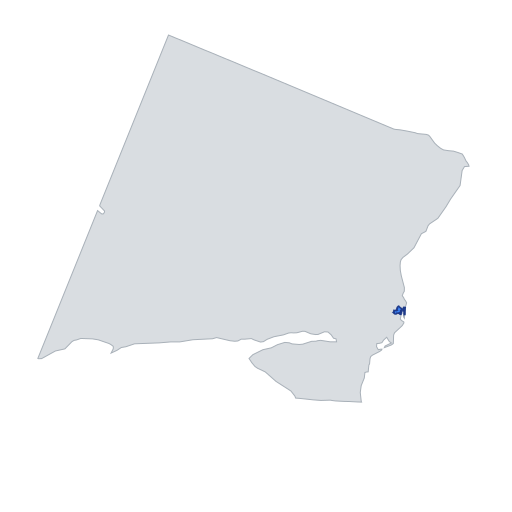 location of Sidi Salim, Kafr ash Shaykh, Egypt, rotated 112°
{"feature_id": "37247803B12762735296795", "entity_name": "Sidi Salim", "entity_type": "district", "adm_level": 2, "iso_a3": "EGY", "parent_name": "Egypt", "parent_adm1": "Kafr ash Shaykh", "projection": "robinson", "projection_center": [30.738, 31.367], "detail": "fine", "context": "in_parent", "style": "filled", "palette": "blue", "viewbox_px": 512, "rotation_deg": 112, "n_neighbors": 0, "source": "geoboundaries", "source_scale": "gbopen_adm2", "svg_char_len": 5843}
<svg xmlns="http://www.w3.org/2000/svg" viewBox="0 0 512 512"><g transform="rotate(112 256 256)"><path d="M432.7,419.9L423.1,419.9L413.5,419.9L403.9,419.9L394.2,419.9L384.6,419.9L375.0,419.9L365.4,419.9L355.7,419.9L346.1,419.9L336.5,419.9L326.9,419.9L317.2,419.9L307.6,419.9L298.0,419.9L288.4,419.9L278.7,419.9L273.2,419.9L274.2,416.9L274.8,414.7L274.1,413.3L272.2,412.9L271.0,413.3L268.1,419.7L266.6,419.9L263.2,419.9L252.0,419.9L240.8,419.9L229.6,419.9L218.4,419.9L207.2,419.9L196.0,419.9L184.8,419.9L173.6,419.9L162.4,419.9L151.2,419.9L139.9,419.9L128.7,419.9L117.5,419.9L106.3,419.9L95.1,419.9L83.9,419.9L84.0,412.3L84.0,404.6L84.1,397.0L84.2,389.4L84.3,381.8L84.3,374.2L84.4,366.5L84.5,358.9L84.5,351.3L84.6,343.7L84.7,336.1L84.8,328.4L84.8,320.8L84.9,313.2L85.0,305.6L85.1,297.9L85.2,290.3L85.3,282.7L85.4,275.1L85.5,267.5L85.6,259.8L85.7,252.2L85.8,244.6L85.9,237.0L86.0,229.4L86.1,221.7L86.2,214.1L86.3,206.5L86.4,198.9L86.5,191.3L86.6,183.6L86.7,176.0L86.5,174.6L85.0,169.4L83.6,162.8L82.1,154.7L82.0,152.1L79.5,143.8L79.3,141.4L80.0,139.7L84.4,132.7L85.8,129.3L87.0,125.2L87.4,121.9L86.2,116.8L84.8,112.2L84.4,107.5L84.2,102.9L86.5,99.8L89.2,96.9L90.2,95.1L91.8,93.0L93.0,92.1L95.0,96.2L99.5,96.9L114.2,93.2L130.3,96.9L139.2,98.3L152.9,101.5L161.2,107.1L163.5,107.8L169.5,107.7L173.4,111.0L189.1,112.6L197.4,116.3L202.2,119.2L205.0,120.1L207.5,119.9L211.0,118.8L215.3,116.8L219.9,113.9L229.7,106.6L233.1,105.3L235.3,105.6L238.1,105.5L239.2,103.6L240.6,102.2L241.5,100.6L243.0,98.8L248.0,98.3L258.1,95.1L257.0,96.6L247.8,100.2L251.7,100.6L255.8,99.4L260.4,98.6L261.2,97.1L261.8,94.2L262.7,93.8L265.9,94.4L275.3,98.8L277.7,98.8L284.3,96.4L285.8,95.9L287.9,97.3L292.9,102.7L291.1,102.6L285.9,97.9L285.4,100.3L282.4,104.4L286.2,106.2L289.2,106.8L290.9,109.1L291.9,111.2L294.9,110.3L297.1,107.5L295.9,105.9L295.2,104.3L296.1,104.3L298.2,105.6L304.3,110.9L306.3,112.0L308.6,111.8L313.5,110.3L314.8,110.5L321.4,108.6L322.1,110.0L323.2,111.4L328.5,109.9L336.8,109.9L343.5,108.2L351.3,104.0L351.9,103.4L352.3,104.4L353.3,107.2L355.8,114.5L357.9,120.1L360.6,128.0L361.4,131.0L361.8,133.1L365.6,141.7L367.9,148.9L369.5,154.6L371.9,163.0L372.9,166.0L371.3,167.5L368.1,173.0L364.8,190.4L360.0,204.0L359.5,212.5L358.8,215.6L356.5,219.9L353.6,224.1L348.6,221.9L340.3,214.5L335.4,207.4L330.2,202.9L325.3,196.9L324.0,192.5L324.0,189.7L321.9,182.9L320.3,179.7L314.3,172.5L312.6,168.6L311.3,166.9L310.0,164.5L307.8,155.1L305.4,149.1L302.8,150.8L303.2,153.3L300.9,156.8L299.5,160.8L300.6,164.1L305.5,169.1L306.5,171.3L307.6,176.0L307.5,182.4L308.3,184.6L311.9,189.4L313.2,192.3L314.0,194.7L315.2,196.9L318.9,201.1L324.1,209.1L329.0,214.4L332.6,217.0L334.1,219.6L334.5,226.3L334.3,229.4L337.4,235.4L338.6,238.5L341.6,241.0L343.0,243.8L344.3,248.4L346.4,262.0L349.0,265.3L357.3,283.2L364.2,294.5L367.6,302.9L372.8,313.2L382.9,335.7L388.9,342.7L391.3,346.6L395.6,349.6L400.3,354.0L395.9,353.6L394.7,353.8L393.2,354.6L392.5,357.2L392.2,359.4L392.8,370.8L394.1,376.6L398.1,387.6L401.0,390.9L402.4,393.1L404.4,394.6L413.7,398.4L419.2,406.4L431.5,416.4L432.7,419.2L432.7,419.9Z" fill="#d9dde1" stroke="#a8b0b8" stroke-width="1"/><path d="M254.7,107.7L254.8,107.7L255.1,107.7L255.5,107.6L255.7,107.4L255.9,107.2L256.0,107.2L256.2,107.5L256.3,107.5L256.7,107.5L256.8,107.6L257.0,107.5L257.0,107.4L256.8,107.2L256.8,107.3L256.7,107.2L256.6,106.9L256.5,106.7L256.8,106.7L257.0,106.7L257.3,106.4L257.5,106.4L257.6,106.0L257.6,105.8L257.7,105.4L257.4,104.6L257.2,104.4L256.9,104.0L256.7,103.9L256.5,104.0L256.3,104.1L256.2,104.1L256.0,103.7L255.9,103.3L255.8,102.9L255.8,102.6L255.7,102.3L255.7,102.0L255.7,101.9L255.7,101.6L255.9,101.1L256.0,101.0L256.0,100.6L256.0,100.0L256.0,99.9L255.9,99.8L255.8,99.7L255.5,99.8L255.5,100.0L255.4,100.3L255.2,100.4L255.3,100.3L255.2,100.2L254.9,100.0L254.7,100.0L254.3,100.0L254.2,100.0L253.9,100.0L254.0,100.1L254.3,100.2L254.3,100.3L254.4,100.5L254.5,100.5L254.6,100.4L254.6,100.2L254.7,100.3L254.7,100.5L254.9,100.6L254.8,100.9L254.7,100.9L254.3,100.9L254.3,101.0L254.3,101.3L254.2,101.2L254.1,100.8L254.1,101.0L254.2,101.3L254.1,101.2L253.9,101.1L253.7,100.9L253.7,100.7L253.5,100.8L253.5,100.7L253.4,100.6L253.2,100.6L252.8,100.7L252.7,100.9L252.7,101.0L252.7,101.3L252.8,101.3L252.5,101.4L252.5,101.5L252.4,101.5L252.4,101.4L252.2,101.3L252.1,101.2L252.1,100.9L252.0,100.7L251.9,100.5L251.7,100.5L251.7,100.4L251.6,100.5L251.6,100.8L251.6,100.7L251.4,100.7L251.4,100.8L251.3,101.0L251.3,100.9L251.2,100.8L251.0,100.7L250.9,100.8L250.9,100.7L250.7,100.6L250.6,100.8L250.6,101.0L250.4,101.0L250.2,101.0L250.1,101.3L250.3,101.6L250.3,101.8L250.2,102.0L250.0,102.4L250.0,102.5L249.9,103.0L249.7,103.3L249.6,103.6L249.7,104.1L249.1,104.6L249.0,104.9L249.1,105.0L249.3,105.2L249.4,105.3L249.7,105.4L250.0,105.5L250.3,105.6L250.5,105.7L250.7,105.8L251.0,105.8L251.3,105.7L251.7,105.4L251.8,105.2L252.0,105.3L252.3,105.7L252.5,105.7L252.5,105.4L252.7,105.2L252.8,105.2L252.9,105.3L253.0,105.2L253.3,104.6L253.5,104.8L253.8,104.9L253.9,105.0L254.1,105.2L254.1,105.3L254.2,105.6L254.1,105.8L254.1,106.0L254.3,106.5L254.6,107.0L254.8,107.2L254.8,107.3L254.7,107.7ZM254.4,96.0L254.2,96.0L253.8,96.2L253.3,96.4L253.2,96.4L252.9,96.6L252.5,96.7L252.3,96.8L252.2,96.8L251.8,97.0L251.4,97.2L251.2,97.2L250.7,97.4L250.3,97.5L250.0,97.6L249.5,97.8L249.4,97.9L248.6,98.1L248.2,98.2L247.8,98.3L247.8,98.5L247.9,98.9L248.0,99.2L248.2,99.7L248.3,99.7L248.5,99.8L248.7,99.7L248.8,99.7L249.0,99.6L249.3,99.5L249.3,99.4L249.5,99.3L249.9,99.4L250.0,99.4L250.4,99.2L250.6,99.1L250.8,99.0L250.9,98.9L251.0,98.9L251.3,98.7L251.5,98.5L251.6,98.4L251.7,98.2L251.7,97.9L251.8,97.9L252.0,97.7L252.3,97.7L252.6,97.7L252.9,97.4L253.0,97.4L253.3,97.3L253.5,97.3L253.7,97.2L253.8,97.2L254.0,97.0L254.0,96.9L254.3,96.9L254.4,96.7L254.5,96.8L254.6,96.7L254.8,96.6L254.6,96.4L254.4,96.2L254.4,96.0Z" fill="#3b82f6" stroke="#1e3a8a" stroke-width="1.5"/></g></svg>